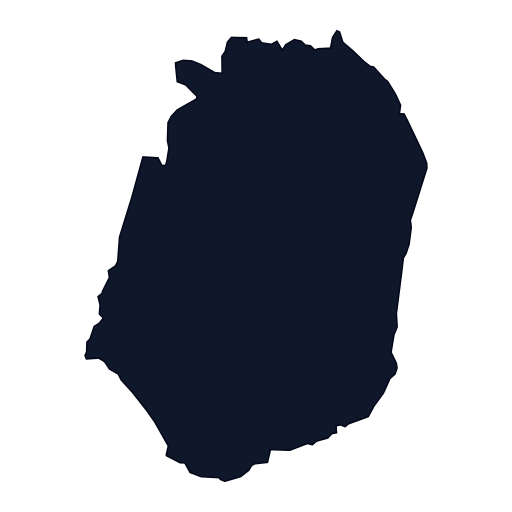 the district of Corozal, Puerto Rico
{"feature_id": "32010507B24763897648420", "entity_name": "Corozal", "entity_type": "district", "adm_level": 2, "iso_a3": "PRI", "parent_name": "Puerto Rico", "parent_adm1": "", "projection": "orthographic", "projection_center": [-66.332, 18.304], "detail": "fine", "context": "isolated", "style": "filled", "palette": "ink", "viewbox_px": 512, "rotation_deg": 0, "n_neighbors": 0, "source": "geoboundaries", "source_scale": "gbopen_adm2", "svg_char_len": 1711}
<svg xmlns="http://www.w3.org/2000/svg" viewBox="0 0 512 512"><path d="M294.4,39.6L285.7,44.7L282.3,50.1L276.9,41.2L271.4,44.3L261.6,42.8L258.8,39.0L247.2,42.2L246.6,37.7L231.4,37.4L230.3,38.7L227.4,42.1L225.2,51.4L221.9,56.2L222.1,73.2L214.8,72.6L200.8,64.5L191.8,60.9L183.2,60.3L175.5,62.8L175.7,66.4L177.2,81.7L185.6,84.9L197.0,96.4L196.5,98.9L177.2,109.9L171.1,116.5L168.0,122.6L167.4,140.6L168.9,148.0L166.9,160.5L165.6,165.5L161.8,165.3L158.0,157.8L142.9,156.9L141.8,161.0L137.6,176.2L132.1,196.3L119.5,237.1L117.7,261.4L115.4,265.9L108.3,270.7L109.4,277.4L102.4,291.5L102.2,293.2L98.0,296.6L100.1,305.2L99.3,314.0L103.3,318.0L99.3,323.1L94.2,326.4L90.0,338.9L86.9,342.1L86.6,352.0L85.0,355.5L86.4,359.0L98.7,358.1L104.6,361.7L109.5,369.1L118.2,374.1L121.3,380.1L132.4,392.3L146.6,410.4L154.6,421.8L168.3,446.0L166.2,454.9L166.6,455.8L169.4,457.2L180.1,462.8L184.8,462.9L190.1,472.5L201.1,476.7L219.0,477.7L220.5,479.5L224.9,481.3L240.7,476.6L248.8,470.3L251.6,465.6L254.8,463.8L267.5,462.4L270.5,449.6L289.7,450.3L307.5,443.5L312.3,444.8L316.4,441.2L327.8,438.0L331.8,433.7L336.5,432.8L336.1,425.8L340.4,424.9L345.1,426.7L348.2,424.0L368.3,416.6L374.1,405.9L383.5,393.0L390.0,378.5L395.1,374.0L397.1,368.0L396.3,363.1L391.1,352.3L394.0,334.7L397.2,326.9L396.4,313.6L401.4,274.6L403.4,257.9L406.0,253.6L409.1,244.4L411.3,227.4L410.7,222.7L410.3,220.5L413.0,212.5L427.0,168.0L426.7,163.1L422.7,152.5L407.4,120.4L404.0,113.8L399.4,113.8L400.6,105.2L395.5,94.1L387.7,81.5L384.5,79.0L373.7,67.0L370.2,66.3L364.2,61.7L352.9,50.8L342.9,42.3L339.6,32.0L336.9,30.7L332.6,37.2L330.5,48.1L318.3,48.7L314.8,49.9L310.4,45.7L305.3,45.1L301.2,41.1L294.4,39.6Z" fill="#0f172a" stroke="#020617" stroke-width="1.5"/></svg>